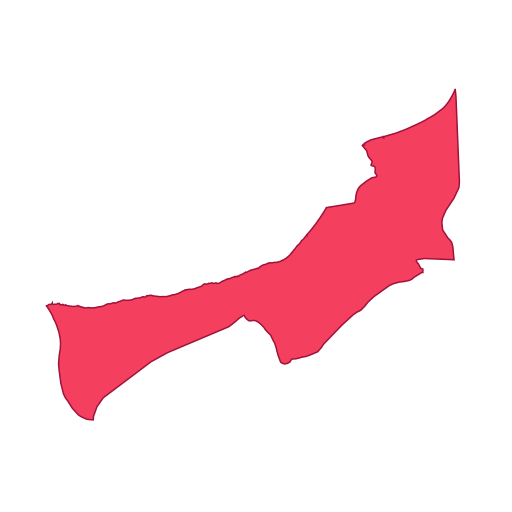 outline of Khanfar, Abyan, Yemen, rotated 175°
{"feature_id": "15242507B88266569428979", "entity_name": "Khanfar", "entity_type": "district", "adm_level": 2, "iso_a3": "YEM", "parent_name": "Yemen", "parent_adm1": "Abyan", "projection": "robinson", "projection_center": [45.813, 13.334], "detail": "fine", "context": "isolated", "style": "filled", "palette": "rose", "viewbox_px": 512, "rotation_deg": 175, "n_neighbors": 0, "source": "geoboundaries", "source_scale": "gbopen_adm2", "svg_char_len": 6005}
<svg xmlns="http://www.w3.org/2000/svg" viewBox="0 0 512 512"><g transform="rotate(175 256 256)"><path d="M181.7,298.1L182.7,296.5L185.2,293.2L189.1,288.2L193.6,282.9L198.5,277.6L201.5,274.6L203.7,272.6L203.6,272.1L203.8,272.2L204.0,272.1L207.7,268.3L209.4,267.3L209.6,266.7L211.8,264.3L213.5,263.0L213.9,262.6L214.5,262.2L214.8,261.7L216.8,259.5L217.9,258.5L219.9,256.3L220.0,256.4L220.5,256.0L220.5,255.8L222.4,253.8L225.2,251.8L228.1,250.1L229.3,249.5L229.5,249.4L229.8,249.6L231.0,249.0L234.5,247.9L235.1,248.2L235.7,247.9L237.3,247.9L238.2,248.1L240.5,247.7L241.7,247.9L243.3,248.0L243.9,247.8L244.0,247.8L244.1,248.1L244.1,247.8L244.4,247.9L245.2,247.5L248.3,246.6L249.5,246.5L250.6,246.1L253.4,244.7L253.6,244.4L254.2,243.9L255.1,243.4L255.3,243.7L255.7,243.9L255.9,244.1L255.8,243.8L256.2,243.7L256.3,243.9L256.3,243.6L256.5,243.4L256.8,243.7L256.7,243.5L257.6,243.1L257.8,243.1L259.3,242.9L260.6,242.5L262.2,242.5L266.9,240.5L267.7,240.9L270.4,239.4L273.8,238.3L275.0,237.5L275.6,237.4L275.8,237.6L276.0,237.4L276.0,237.2L276.8,237.4L278.1,237.1L278.7,237.5L279.2,237.4L279.3,237.1L281.9,236.6L284.4,235.7L285.6,235.6L285.8,235.8L286.6,235.7L287.3,235.3L288.1,235.1L290.4,234.0L290.6,234.1L291.0,233.9L291.2,234.0L291.7,233.8L292.2,233.5L292.7,233.3L294.3,232.4L294.9,232.2L296.6,232.0L297.6,232.2L297.7,232.5L298.3,232.8L298.6,232.6L299.7,232.3L300.2,232.3L300.7,232.6L301.9,232.8L302.1,233.1L302.3,233.1L303.9,232.8L305.1,232.7L305.2,232.9L305.5,232.9L306.4,232.5L307.5,232.3L308.3,232.3L308.8,232.6L310.6,232.5L312.8,230.7L314.6,230.2L315.9,229.9L316.8,229.6L317.6,229.6L318.4,229.2L320.7,228.6L323.8,228.4L324.0,228.5L325.5,228.7L327.4,228.5L328.0,228.3L328.4,228.6L329.0,228.3L329.6,228.4L330.2,228.2L330.7,227.8L331.4,227.5L332.0,227.5L335.0,226.1L337.2,225.4L339.9,224.7L342.1,224.6L344.1,224.3L344.6,224.0L347.3,223.6L349.0,223.4L350.5,223.5L352.2,223.7L355.1,223.8L360.3,224.9L360.8,224.9L361.3,225.2L362.0,225.2L363.6,226.0L364.9,226.0L365.1,226.1L365.4,225.9L365.9,226.0L366.4,225.8L367.6,225.9L367.9,226.1L368.9,225.6L369.3,225.2L370.5,224.8L370.9,224.8L372.0,225.3L372.5,225.2L372.6,225.3L373.5,224.8L375.9,224.4L377.8,224.3L378.8,224.4L379.7,224.4L381.5,223.9L381.7,223.7L383.5,223.2L384.1,223.1L385.8,223.0L388.8,223.1L389.5,223.2L390.3,223.5L391.6,223.7L393.3,223.5L394.0,223.1L395.5,222.6L396.3,222.6L399.3,221.6L400.7,221.4L401.2,221.7L401.4,221.8L402.3,221.8L404.7,221.2L404.9,221.3L405.7,221.1L408.0,221.2L408.6,221.1L412.1,219.6L413.8,219.2L416.6,219.1L417.2,219.1L420.3,218.6L422.1,218.5L425.3,218.7L427.6,219.3L430.7,219.0L431.2,219.4L431.6,219.4L432.2,219.6L432.5,219.5L433.0,220.1L433.6,220.0L434.1,220.5L435.0,220.5L435.4,220.7L435.8,221.2L436.1,221.2L436.2,221.3L436.8,221.3L437.1,221.4L437.3,221.6L437.2,221.7L437.5,221.8L438.0,222.2L438.7,221.7L440.8,221.6L443.3,221.8L444.7,222.1L445.4,222.3L445.6,222.3L448.8,223.1L449.1,223.5L450.1,223.6L450.2,223.9L450.5,223.7L451.9,223.7L452.2,224.0L452.2,224.3L452.4,224.4L452.7,224.7L453.0,224.5L454.1,224.3L455.0,224.5L455.9,224.9L455.9,225.2L455.7,225.3L455.9,225.8L456.1,225.7L456.9,225.8L457.5,226.1L458.3,225.6L459.1,225.3L460.5,225.5L462.2,225.4L462.6,225.7L463.0,226.1L463.0,226.3L463.0,226.6L463.0,227.0L463.5,226.3L463.7,225.9L464.7,225.7L466.3,225.8L467.2,225.3L467.5,225.1L469.1,224.6L467.2,221.2L465.2,217.2L464.0,214.3L463.4,212.0L461.4,206.9L460.6,204.3L459.6,199.7L459.0,197.8L458.2,190.0L458.4,185.4L459.1,180.4L460.7,174.2L462.1,165.8L462.1,159.5L461.5,146.1L459.8,135.4L458.0,130.8L456.6,128.8L452.3,120.4L446.8,113.2L444.7,111.5L442.4,110.1L440.1,108.8L438.6,108.1L437.0,107.7L432.4,106.9L431.8,110.5L427.6,119.7L420.5,128.1L369.8,159.8L352.4,167.5L289.3,187.9L283.6,191.5L279.8,194.3L277.7,195.7L275.2,197.0L274.5,197.5L272.9,197.9L271.9,195.3L270.1,193.3L268.7,192.1L267.9,191.9L265.2,192.0L263.5,191.9L261.8,191.5L261.2,191.0L259.7,190.1L258.5,188.9L256.6,187.0L254.4,184.2L253.1,181.8L250.4,178.3L249.1,176.9L248.1,175.4L247.5,173.6L246.8,171.9L246.2,170.2L245.4,168.5L245.0,167.6L243.8,162.2L243.4,159.1L242.5,154.5L240.9,148.8L240.5,147.9L239.9,147.3L239.1,146.9L237.4,146.1L235.7,146.0L234.0,146.3L233.2,146.6L231.6,147.4L231.0,148.0L230.0,149.5L229.4,150.1L227.7,150.2L225.1,150.1L223.3,150.5L222.5,150.5L219.9,151.1L214.7,151.6L210.6,152.7L202.9,155.2L198.8,159.2L197.1,161.4L195.9,162.7L176.5,179.6L163.9,189.3L161.8,190.3L160.8,191.1L157.5,192.3L156.0,193.1L151.7,196.8L148.8,200.0L142.2,205.2L125.8,214.9L121.8,216.4L115.6,217.5L110.2,217.7L105.6,218.3L102.9,219.2L100.6,220.9L92.6,225.0L91.2,225.0L90.9,228.4L93.1,229.6L94.1,232.1L95.1,234.5L95.5,234.7L96.6,236.5L96.6,237.9L95.4,238.4L88.3,238.8L59.0,235.0L59.1,237.9L59.1,248.0L59.9,252.6L61.7,255.5L63.4,257.4L64.9,260.4L66.9,264.0L67.8,265.8L67.9,273.4L66.8,277.7L62.8,285.0L53.9,296.1L47.9,306.4L46.9,312.0L42.9,397.5L43.0,405.1L43.5,403.9L44.9,401.3L47.0,398.0L50.7,392.9L53.6,389.7L57.0,386.7L59.5,385.1L64.4,382.1L66.1,381.1L69.7,379.3L69.9,379.3L70.2,379.0L72.6,378.1L75.7,376.5L80.5,374.5L82.1,374.0L84.6,373.0L97.0,368.7L100.7,367.7L101.8,367.3L102.0,367.4L103.2,366.9L106.9,366.0L118.2,363.8L118.5,363.7L118.4,363.6L118.3,363.4L118.5,362.4L118.9,362.7L119.0,362.5L118.8,363.7L118.7,363.6L118.8,363.7L118.6,363.8L129.2,362.1L130.7,361.7L131.1,361.8L132.8,361.2L134.4,360.3L135.1,360.5L136.0,359.8L138.3,358.6L138.9,358.0L138.7,358.2L138.7,357.8L138.4,357.3L138.5,357.3L138.8,357.3L138.9,357.6L138.8,357.8L139.0,357.8L139.0,357.3L138.8,356.5L139.2,357.0L139.3,357.1L139.5,356.9L139.9,357.3L140.5,356.8L136.8,351.6L136.5,350.8L135.8,346.6L135.2,344.9L132.2,340.4L132.2,339.9L132.3,339.2L133.4,336.9L133.5,336.5L133.3,336.1L132.9,335.9L130.9,335.2L130.1,334.7L129.7,334.1L129.6,332.9L129.8,331.0L130.1,329.5L130.2,328.5L129.9,327.9L129.0,326.6L128.8,326.0L128.8,325.4L129.0,324.8L129.5,324.4L130.4,324.1L132.7,324.0L134.1,323.7L139.2,321.1L145.6,317.0L147.5,315.2L148.6,313.7L150.0,311.0L150.6,309.4L151.4,306.3L151.9,303.6L152.5,301.7L153.2,300.6L154.0,300.2L181.7,298.1Z" fill="#f43f5e" stroke="#9f1239" stroke-width="1.5"/></g></svg>